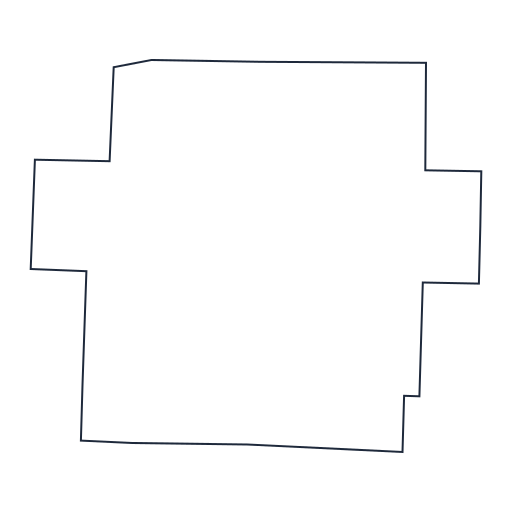 Carroll, Ohio, United States of America (orthographic projection)
{"feature_id": "52423323B82446565962653", "entity_name": "Carroll", "entity_type": "district", "adm_level": 2, "iso_a3": "USA", "parent_name": "United States of America", "parent_adm1": "Ohio", "projection": "orthographic", "projection_center": [-81.077, 40.577], "detail": "fine", "context": "isolated", "style": "outline", "palette": "slate", "viewbox_px": 512, "rotation_deg": 0, "n_neighbors": 0, "source": "geoboundaries", "source_scale": "gbopen_adm2", "svg_char_len": 370}
<svg xmlns="http://www.w3.org/2000/svg" viewBox="0 0 512 512"><path d="M402.5,452.0L404.1,395.8L419.4,396.3L422.8,282.5L478.9,283.6L480.3,226.9L481.3,171.3L425.3,170.3L426.0,62.8L260.0,61.8L151.4,60.0L113.7,67.2L109.6,161.2L34.9,159.7L30.7,269.0L86.4,271.2L82.5,384.9L80.9,440.6L132.3,443.0L247.4,444.5L402.5,452.0Z" fill="none" stroke="#1e293b" stroke-width="2"/></svg>